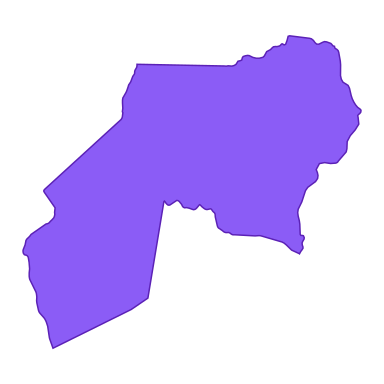 Ogooué-Ivindo, Equal Earth projection
{"feature_id": "GAB-2186", "entity_name": "Ogooué-Ivindo", "entity_type": "Province", "adm_level": 1, "iso_a3": "GAB", "parent_name": "Gabon", "parent_adm1": "", "projection": "equal_earth", "projection_center": [13.011, 0.34], "detail": "fine", "context": "isolated", "style": "filled", "palette": "violet", "viewbox_px": 384, "rotation_deg": 0, "n_neighbors": 0, "source": "natural_earth", "source_scale": "10m", "svg_char_len": 3203}
<svg xmlns="http://www.w3.org/2000/svg" viewBox="0 0 384 384"><path d="M224.9,66.0L226.1,66.2L228.2,65.8L231.9,66.1L234.1,65.5L236.0,64.4L238.0,61.2L239.9,60.8L241.7,60.1L242.4,57.6L243.2,56.5L245.3,55.8L247.6,55.4L249.2,55.6L252.9,57.4L256.2,58.2L259.4,58.2L262.9,57.3L264.3,56.0L266.7,51.6L270.5,49.6L271.9,48.1L273.4,46.8L275.5,46.5L276.5,46.6L277.5,46.5L279.4,46.0L280.1,45.6L281.4,44.2L282.1,43.8L282.7,44.0L283.9,44.8L284.2,44.9L285.4,44.4L285.7,44.1L287.0,40.6L288.0,36.9L288.1,36.3L289.6,35.8L309.6,38.3L311.4,38.8L313.4,40.4L314.9,42.5L316.6,44.1L318.8,44.2L322.6,42.3L324.5,41.6L326.7,41.9L330.8,43.4L331.7,44.3L332.4,45.2L333.2,46.0L334.5,46.3L334.6,47.1L334.8,47.9L335.7,48.7L336.9,49.4L338.1,50.6L338.7,52.2L340.3,61.1L340.6,64.8L340.5,75.6L341.3,79.2L343.0,82.2L348.1,85.4L349.5,88.3L351.2,95.6L352.3,98.9L353.8,102.0L355.6,104.9L357.6,107.3L360.1,109.1L361.0,110.2L360.8,112.1L359.8,113.5L358.5,114.5L357.7,115.6L358.1,117.4L358.8,124.1L355.2,129.9L350.3,135.6L347.2,141.5L346.9,148.8L346.2,151.9L338.3,161.1L337.9,161.8L337.3,162.4L335.9,163.1L330.6,163.5L324.6,162.6L319.4,163.6L316.2,169.6L317.4,172.6L318.0,175.5L317.6,178.5L315.6,181.5L307.8,187.3L305.5,190.6L301.8,201.9L298.2,209.2L297.7,212.6L298.2,216.2L299.3,220.6L299.8,224.1L300.2,234.4L300.9,235.4L302.1,235.4L303.4,235.7L304.2,237.5L304.1,239.0L302.6,241.6L302.1,243.0L302.3,245.1L302.9,246.7L303.0,248.2L301.9,250.0L300.8,251.4L299.5,253.8L299.4,253.7L291.6,250.1L286.4,245.0L284.1,243.1L282.0,242.0L260.8,235.8L259.2,235.6L255.1,235.9L235.2,234.8L233.1,234.8L232.2,234.6L231.0,233.9L230.0,233.1L228.8,232.5L226.0,232.6L224.8,232.3L223.6,231.7L222.5,230.7L218.5,228.0L217.7,226.9L217.3,225.7L215.3,217.0L215.1,214.2L214.6,213.0L212.9,211.4L211.4,209.3L210.5,208.8L207.4,209.5L206.4,209.5L205.6,209.3L204.9,209.0L204.0,208.4L202.0,206.8L200.3,205.0L199.5,204.7L196.4,208.4L195.2,209.3L193.7,209.7L192.5,209.4L189.2,208.2L186.6,207.6L184.6,207.8L183.4,207.3L182.5,206.3L181.9,205.0L181.1,203.7L180.2,202.7L179.3,201.5L178.2,200.7L176.8,200.4L169.9,205.0L168.9,205.2L167.9,205.0L166.9,204.2L165.9,203.1L165.2,201.9L164.4,201.1L163.9,201.6L147.9,298.1L131.2,309.5L53.0,348.2L49.8,339.2L49.4,337.8L47.7,326.3L46.2,321.7L44.9,319.1L44.0,317.8L40.0,313.3L39.1,312.0L38.5,310.4L36.9,303.1L36.6,300.8L36.8,297.3L36.6,295.0L36.3,293.1L35.8,291.7L30.3,280.5L29.7,279.2L29.4,277.8L29.2,276.3L29.2,272.9L29.6,268.9L29.1,262.4L28.3,257.6L27.9,256.6L27.2,255.7L26.3,255.2L25.3,255.0L24.4,254.7L23.8,253.9L23.4,253.3L23.1,252.1L23.0,250.8L23.3,249.4L25.1,244.9L26.0,240.4L26.9,239.0L29.6,236.4L31.1,234.4L46.0,224.0L47.8,223.6L49.0,222.9L50.5,221.2L51.7,220.1L53.8,217.8L54.4,216.3L54.8,214.4L54.6,212.3L55.1,207.8L44.4,192.4L43.8,191.2L43.9,190.3L44.8,189.2L121.1,119.5L121.8,118.4L122.3,117.1L122.8,113.1L122.8,112.6L122.7,112.3L122.4,111.9L122.4,111.3L122.5,110.6L122.7,109.1L122.8,108.2L122.5,103.0L122.5,100.1L122.9,97.8L123.0,97.7L126.1,92.3L126.9,90.4L128.1,86.9L128.3,86.2L128.5,85.5L128.8,84.7L130.5,82.2L130.8,81.6L132.8,76.3L134.1,74.5L134.5,73.8L134.6,73.3L134.7,71.5L134.8,71.0L135.0,70.4L135.2,69.9L136.4,67.9L136.6,67.4L136.8,66.9L137.0,65.5L137.0,64.3L224.9,66.0Z" fill="#8b5cf6" stroke="#5b21b6" stroke-width="1.5"/></svg>